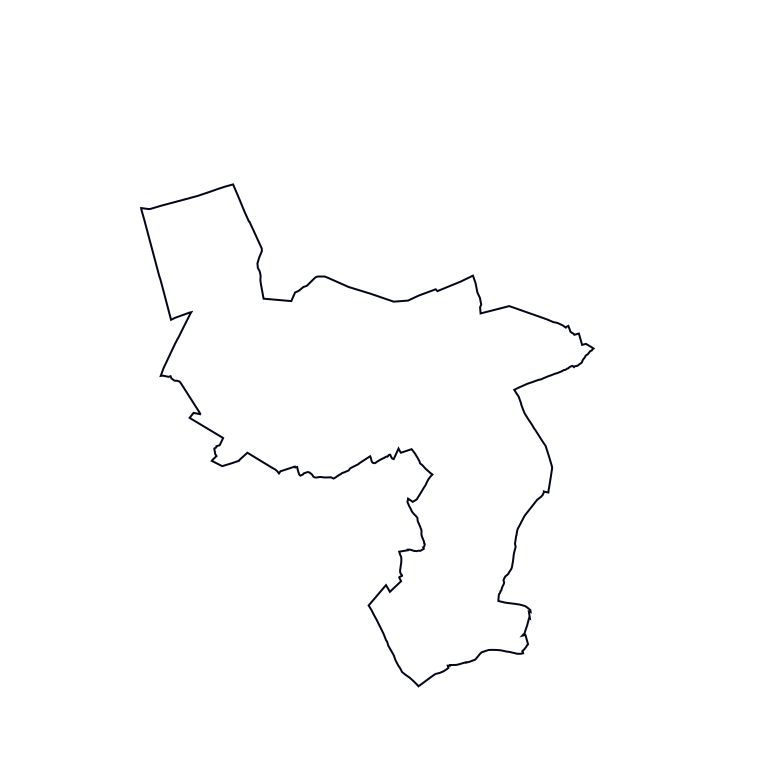 outline of Natívitas, Tlaxcala, Mexico, rotated 138°
{"feature_id": "50627088B73576999314002", "entity_name": "Natívitas", "entity_type": "district", "adm_level": 2, "iso_a3": "MEX", "parent_name": "Mexico", "parent_adm1": "Tlaxcala", "projection": "albers", "projection_center": [-98.329, 19.231], "detail": "fine", "context": "isolated", "style": "outline", "palette": "ink", "viewbox_px": 768, "rotation_deg": 138, "n_neighbors": 0, "source": "geoboundaries", "source_scale": "gbopen_adm2", "svg_char_len": 6150}
<svg xmlns="http://www.w3.org/2000/svg" viewBox="0 0 768 768"><g transform="rotate(138 384 384)"><path d="M375.4,594.5L375.6,594.7L375.6,595.2L372.4,605.3L367.6,618.7L362.6,633.3L369.6,636.8L376.5,639.9L383.3,642.7L396.7,648.5L429.5,665.2L440.4,670.4L441.0,670.8L441.8,671.4L446.7,677.2L447.6,676.0L452.2,666.6L479.0,614.2L480.0,611.7L481.5,608.8L482.5,606.8L484.8,602.3L499.3,574.2L494.8,572.9L481.0,567.3L479.2,566.3L480.9,565.8L500.1,558.3L503.8,556.8L504.7,556.5L505.7,556.1L508.4,555.2L512.6,553.6L537.4,543.2L544.5,539.4L542.8,538.2L539.2,533.4L537.4,532.6L538.2,530.4L537.5,526.8L536.9,526.0L535.8,525.1L535.0,523.9L534.3,522.5L534.3,521.3L540.4,484.8L540.8,484.6L542.5,486.9L544.2,489.0L544.7,489.9L545.1,489.9L551.1,488.9L550.7,487.5L539.7,451.5L546.9,448.5L547.5,448.6L550.1,449.9L551.2,449.1L553.2,449.6L553.8,448.9L555.7,445.7L556.3,445.0L556.7,442.5L561.8,442.4L563.4,442.1L559.2,431.2L550.0,426.9L542.9,423.9L542.4,424.3L531.5,424.3L523.0,395.9L522.1,393.5L521.7,390.8L521.9,387.8L519.4,388.4L505.5,382.3L505.8,381.3L504.1,380.4L504.6,379.4L505.2,378.6L506.3,376.4L507.5,373.5L507.6,372.9L507.4,371.8L504.8,371.0L504.5,371.0L503.8,371.3L503.3,371.2L500.2,369.9L499.5,369.5L499.2,369.1L498.6,368.0L498.4,367.1L498.1,365.2L498.1,364.6L498.2,363.7L498.5,362.6L498.2,361.4L497.7,360.6L497.2,360.0L494.0,357.9L493.3,357.3L492.5,356.3L490.3,353.9L485.8,350.1L484.8,347.5L482.7,347.0L477.8,346.4L476.5,345.9L474.9,345.9L472.8,345.0L471.0,344.4L468.0,343.4L466.0,343.9L464.8,343.8L456.5,341.5L456.0,341.7L442.7,339.6L443.1,338.2L443.7,337.1L444.6,335.4L445.1,334.1L445.1,333.1L444.7,332.3L443.9,331.4L443.2,331.1L441.1,330.9L437.5,330.2L432.8,328.9L431.7,328.7L430.7,328.4L430.1,327.7L429.8,327.7L429.3,327.7L428.6,328.0L428.1,328.0L427.2,327.7L426.8,327.5L426.7,327.3L426.8,326.9L427.4,325.3L427.8,323.1L427.0,321.7L416.4,326.3L416.7,325.2L416.9,324.3L417.2,323.3L417.4,321.6L407.1,317.1L407.2,315.4L407.5,311.8L408.3,307.4L409.4,302.7L410.1,301.3L410.3,300.7L409.8,297.8L409.8,295.4L409.8,292.7L409.5,290.9L409.2,287.5L408.6,284.3L410.9,284.2L413.1,283.8L415.0,283.4L418.2,282.2L420.9,281.0L424.0,280.2L429.4,278.5L434.0,277.2L436.9,276.3L441.5,277.2L442.8,282.7L443.6,282.1L444.1,281.5L445.3,280.9L445.9,279.8L446.2,278.6L446.9,276.7L447.6,273.7L448.6,270.6L448.8,267.3L448.6,264.6L448.7,262.3L449.8,260.8L450.8,259.3L451.4,257.3L452.1,255.4L452.5,254.0L453.2,252.4L453.7,251.0L454.5,249.5L455.5,248.6L457.0,247.0L458.0,244.9L459.8,240.0L460.7,238.9L460.8,237.7L461.2,237.6L462.3,236.7L464.1,235.9L464.3,236.1L464.7,234.9L467.8,235.5L468.7,235.8L470.1,237.2L471.4,237.8L471.9,238.3L473.4,239.9L475.0,242.8L476.0,244.0L477.2,245.0L477.5,244.5L484.9,249.2L486.2,246.4L487.0,244.0L487.5,243.2L488.7,241.8L490.4,240.0L496.8,234.7L497.8,233.5L498.2,232.7L498.5,231.7L498.6,229.8L498.9,229.4L501.5,230.2L501.9,230.2L502.3,229.9L503.2,226.0L518.7,225.6L517.8,229.6L517.1,233.2L543.6,229.7L544.6,224.3L546.2,218.4L547.1,214.3L549.1,207.1L550.4,202.5L551.4,198.9L552.7,195.4L553.9,192.2L554.1,190.4L555.9,186.7L557.6,178.9L558.3,175.8L560.3,171.0L561.8,165.2L562.2,161.9L563.3,157.9L562.6,153.6L561.4,148.4L560.9,143.7L560.7,140.3L560.6,136.9L560.6,136.3L559.7,136.4L559.3,136.1L546.2,134.9L539.8,134.1L539.4,133.9L535.9,132.0L532.2,130.7L527.9,130.0L526.0,130.0L525.1,132.0L523.4,130.5L523.0,131.0L519.8,128.2L518.5,127.1L517.3,126.3L515.8,125.5L509.3,122.4L509.5,122.0L507.9,121.2L506.4,120.4L504.4,119.6L500.7,118.2L499.8,118.2L493.3,119.2L491.3,119.3L489.9,118.9L488.6,118.2L486.9,117.6L486.4,117.3L484.4,116.4L482.0,114.5L478.5,111.2L475.7,108.3L474.7,107.0L472.0,103.2L469.6,100.4L468.4,98.5L466.8,96.4L466.1,95.1L465.0,93.9L463.4,92.4L461.7,91.3L460.8,90.8L460.3,91.7L460.2,92.6L459.7,93.0L459.1,92.9L458.1,92.9L457.0,93.0L454.3,93.5L452.7,94.0L451.1,94.2L446.8,102.9L449.6,104.4L447.6,104.6L447.1,104.3L438.7,109.1L432.6,113.1L432.4,112.2L428.6,118.0L427.7,116.3L426.5,118.1L427.2,122.6L427.6,124.0L427.9,124.8L430.6,129.1L433.9,133.1L438.6,138.5L440.4,140.7L444.2,146.2L442.3,148.1L440.0,150.2L439.2,150.8L438.5,151.0L437.6,151.1L436.0,152.1L435.3,152.0L434.7,152.3L434.0,152.8L431.7,154.1L429.1,155.1L428.2,155.6L427.3,156.4L426.7,158.0L425.3,158.8L424.3,159.2L423.1,159.7L422.1,159.8L420.6,159.7L420.0,159.7L418.3,159.8L417.6,160.2L416.4,160.6L415.5,160.7L412.9,161.5L411.6,162.2L406.7,166.0L401.5,170.6L398.4,172.8L395.2,174.8L393.6,177.6L387.5,182.6L386.7,183.0L384.7,184.7L381.9,186.7L374.8,189.3L374.0,189.7L372.7,190.1L370.4,191.0L367.6,192.0L347.5,195.5L347.3,195.4L342.7,195.1L340.1,195.4L338.3,196.3L337.4,196.7L337.1,197.1L336.8,196.5L334.5,193.4L331.7,195.8L331.2,196.1L322.0,203.5L315.2,209.1L314.3,210.5L310.1,219.2L305.4,229.7L304.9,232.6L304.9,233.1L304.4,236.4L302.5,247.6L302.0,251.6L301.4,254.1L300.8,257.9L300.5,260.2L300.3,261.6L299.8,264.3L299.4,266.8L299.1,268.2L297.8,271.8L295.7,277.1L295.2,277.6L293.1,282.8L292.5,284.1L292.2,285.5L292.1,286.8L291.1,292.5L287.0,291.4L277.8,288.4L274.6,287.1L272.0,285.9L269.6,285.0L265.9,283.4L264.1,282.3L261.4,281.5L256.6,279.8L254.1,278.7L250.3,277.3L247.8,276.1L245.0,275.1L243.8,274.6L241.9,274.2L241.0,274.0L239.6,273.1L237.8,272.9L236.6,272.4L235.6,272.4L233.9,272.2L232.4,271.7L231.8,271.3L231.6,270.8L231.7,269.7L231.6,269.4L231.1,269.5L230.7,269.7L229.4,268.9L228.6,268.3L228.0,268.2L227.1,267.9L225.5,267.9L223.4,267.6L222.4,267.7L220.7,268.6L219.4,269.0L218.0,269.2L216.6,269.5L215.2,270.1L213.8,270.0L212.8,269.7L209.9,270.3L208.6,270.4L207.2,269.9L205.7,270.2L204.6,270.1L205.4,273.4L207.1,278.7L210.6,280.5L205.4,291.1L209.6,293.2L209.5,294.5L210.5,297.9L208.1,303.8L210.3,304.4L211.0,304.5L211.2,304.4L212.0,308.1L214.2,313.2L216.8,316.8L219.6,322.9L238.8,358.1L265.0,371.8L261.3,376.7L258.6,378.0L255.1,383.8L253.4,389.5L248.5,397.6L245.4,405.0L258.5,408.8L282.2,417.3L282.2,419.8L299.1,426.5L310.3,429.9L321.7,438.7L333.7,460.3L345.4,479.8L354.4,500.0L356.2,503.6L361.5,508.3L362.6,508.9L364.8,509.1L375.6,508.6L379.0,510.0L385.1,510.3L388.9,511.5L397.4,507.6L416.4,528.0L408.0,541.6L406.2,544.1L403.6,546.6L401.9,549.2L400.9,551.2L400.1,554.6L397.5,558.2L392.5,561.3L385.8,564.5L384.2,566.4L375.4,594.5Z" fill="none" stroke="#020617" stroke-width="2"/></g></svg>